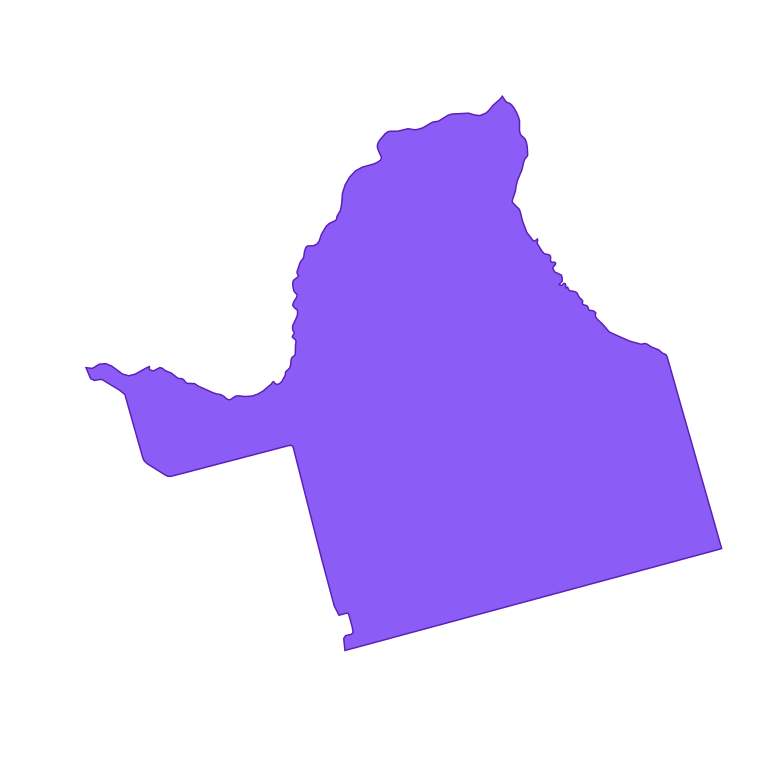 Kgalagadi, orthographic projection, rotated 165°
{"feature_id": "BWA-2625", "entity_name": "Kgalagadi", "entity_type": "District", "adm_level": 1, "iso_a3": "BWA", "parent_name": "Botswana", "parent_adm1": "", "projection": "orthographic", "projection_center": [21.995, -25.1], "detail": "fine", "context": "isolated", "style": "filled", "palette": "violet", "viewbox_px": 768, "rotation_deg": 165, "n_neighbors": 0, "source": "natural_earth", "source_scale": "10m", "svg_char_len": 3999}
<svg xmlns="http://www.w3.org/2000/svg" viewBox="0 0 768 768"><g transform="rotate(165 384 384)"><path d="M181.6,430.0L181.2,427.3L180.5,426.0L176.8,424.4L174.7,423.1L173.9,421.6L173.0,417.3L172.5,416.2L171.2,414.4L170.7,413.5L170.6,412.4L171.2,411.6L171.6,410.8L171.3,409.5L170.5,408.7L168.3,407.5L167.5,406.7L167.2,405.8L166.9,402.2L164.5,401.3L162.2,399.9L161.0,398.0L162.1,395.7L162.2,393.7L160.8,390.7L157.4,385.4L153.4,376.9L152.0,375.1L135.7,361.9L126.0,356.2L124.8,355.8L122.2,355.7L121.0,355.4L119.6,354.4L116.2,350.7L109.6,345.6L107.2,341.9L105.0,340.2L104.1,339.3L103.5,337.0L103.1,313.3L102.8,289.5L102.4,265.8L102.0,242.0L101.7,218.3L101.6,214.4L101.3,194.5L100.9,170.8L100.6,147.0L100.4,137.7L102.9,137.6L490.7,136.7L488.8,148.5L486.2,150.9L480.5,150.7L479.2,151.2L478.1,152.3L477.6,157.5L477.7,170.7L478.0,171.7L478.9,172.1L480.1,172.3L487.3,172.3L489.5,182.4L489.5,231.6L488.1,345.4L488.3,347.2L489.0,348.5L490.7,349.0L492.6,349.2L612.7,349.9L614.7,350.2L616.6,350.8L618.5,352.3L632.8,367.7L634.4,369.9L635.6,372.2L636.1,375.2L637.0,440.9L641.0,446.4L655.1,461.2L657.1,461.9L662.8,462.4L666.0,465.1L667.6,476.9L662.1,474.7L659.6,475.0L657.1,476.0L653.7,476.8L647.5,475.7L642.3,471.7L633.9,461.2L628.4,458.0L621.9,457.9L608.9,461.2L606.2,461.6L606.1,460.9L606.8,459.8L606.7,458.6L605.4,457.5L604.1,456.7L602.7,456.4L596.2,457.9L593.9,456.4L592.0,453.7L586.5,449.5L581.8,443.1L580.7,442.4L578.2,441.6L577.1,440.8L576.2,439.6L575.0,436.7L573.9,435.6L566.9,433.4L565.4,431.7L564.4,430.4L551.4,419.8L548.3,417.8L544.6,416.1L543.4,415.1L541.8,413.4L539.9,410.4L538.8,409.3L537.0,408.7L535.4,409.0L531.3,410.5L529.1,410.6L527.2,410.1L521.5,407.9L514.7,406.5L508.5,406.9L502.5,408.6L493.1,413.0L491.9,414.0L490.4,414.9L489.6,414.2L489.1,412.8L488.3,411.6L485.3,411.2L482.3,412.7L477.4,417.7L476.7,418.9L476.4,420.1L475.9,421.1L474.5,422.0L472.8,422.8L471.4,423.6L470.4,424.8L469.3,426.5L467.3,431.9L465.9,433.5L462.7,434.8L461.9,436.1L459.4,444.6L458.4,446.8L458.0,447.9L457.9,449.1L458.6,450.4L459.8,451.9L460.4,453.3L459.3,454.7L457.6,456.0L457.4,457.1L457.9,458.3L458.1,459.8L457.8,461.8L457.4,463.2L456.7,464.5L451.1,471.1L449.4,473.9L448.7,476.9L448.8,478.8L449.2,479.2L450.0,479.5L450.8,480.9L451.6,482.9L451.8,483.7L450.4,486.1L448.5,488.1L446.0,490.3L444.7,492.6L446.2,495.1L446.9,496.8L446.9,499.9L446.5,503.2L445.9,505.5L444.8,507.2L443.6,508.1L440.0,509.4L438.7,510.5L438.8,511.7L439.2,513.1L439.1,514.7L433.9,522.7L433.6,523.0L432.4,524.2L429.9,526.0L428.5,527.8L426.5,532.6L424.1,536.2L422.0,537.1L416.4,535.8L412.5,536.5L409.7,538.8L405.5,545.0L399.0,551.3L396.1,552.9L394.1,553.5L388.4,554.5L387.3,555.4L386.0,558.1L381.0,563.2L378.6,568.2L374.7,579.1L370.0,586.4L363.7,592.7L356.5,597.2L348.7,599.1L336.7,599.2L332.8,599.9L329.5,601.1L328.1,602.5L327.9,604.7L329.0,610.9L329.2,613.6L328.7,616.1L327.3,618.5L325.0,620.7L318.0,625.5L315.3,626.6L312.7,626.6L305.3,624.6L294.8,624.4L288.7,621.7L285.9,621.2L280.3,621.4L270.0,624.2L268.2,624.3L264.8,623.9L263.0,623.9L252.3,627.1L248.5,627.2L232.2,623.7L227.2,620.6L221.9,618.4L215.1,619.4L211.9,621.1L206.2,625.2L198.3,629.0L195.7,630.9L195.3,631.3L194.7,630.0L193.4,625.6L192.2,624.1L190.3,622.8L189.6,622.1L188.8,621.1L187.1,617.3L185.8,612.3L185.0,607.2L185.0,603.0L187.5,593.7L187.7,590.5L187.1,588.5L185.1,585.6L184.3,583.9L183.9,580.4L184.2,576.4L185.7,569.0L186.3,567.3L189.9,564.6L191.6,562.3L195.2,555.4L202.2,546.3L205.0,541.3L207.3,536.0L212.5,528.3L213.0,526.2L208.2,517.9L207.8,515.3L208.0,505.4L206.8,493.4L203.4,485.2L203.3,484.7L201.9,483.1L201.2,483.1L200.0,483.7L198.3,484.3L198.4,483.1L199.7,480.4L197.0,471.2L195.7,468.8L194.4,467.7L191.2,466.2L190.2,464.8L190.2,463.3L191.2,460.4L191.1,458.8L190.1,458.0L188.7,457.8L187.4,457.3L187.0,455.8L187.7,454.9L190.4,453.1L191.1,451.8L190.1,448.1L184.4,443.2L184.6,439.3L185.4,437.1L189.1,434.8L187.5,433.3L186.3,433.4L185.2,434.1L184.1,434.6L182.9,434.0L182.8,432.6L183.4,430.9L183.5,429.7L181.6,430.0Z" fill="#8b5cf6" stroke="#5b21b6" stroke-width="1.5"/></g></svg>